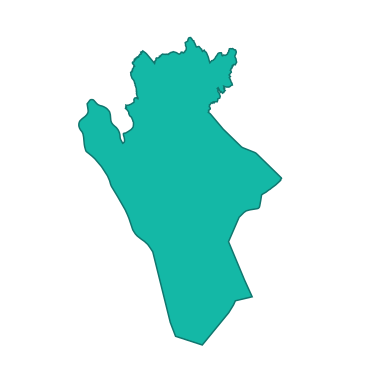 Pak Phayun, Thailand, rotated 163°
{"feature_id": "78962969B11812729202220", "entity_name": "Pak Phayun", "entity_type": "district", "adm_level": 2, "iso_a3": "THA", "parent_name": "Thailand", "parent_adm1": "", "projection": "equal_earth", "projection_center": [100.293, 7.38], "detail": "fine", "context": "isolated", "style": "filled", "palette": "teal", "viewbox_px": 384, "rotation_deg": 163, "n_neighbors": 0, "source": "geoboundaries", "source_scale": "gbopen_adm2", "svg_char_len": 6151}
<svg xmlns="http://www.w3.org/2000/svg" viewBox="0 0 384 384"><g transform="rotate(163 192 192)"><path d="M102.5,179.5L119.3,210.2L120.5,211.5L130.1,219.2L130.7,219.7L131.6,220.8L143.8,243.0L151.3,260.6L151.8,261.6L153.1,263.5L152.4,264.0L152.4,264.9L152.3,265.3L151.5,265.4L150.9,265.9L150.3,266.0L150.1,266.7L150.1,267.0L150.2,267.9L150.5,268.2L150.6,268.5L150.3,269.1L149.9,269.4L149.8,270.3L148.9,270.5L147.9,271.2L147.5,271.6L147.1,271.5L146.7,271.0L145.9,271.7L145.5,271.0L144.7,270.8L144.5,271.8L143.6,271.4L142.6,271.4L141.6,270.9L140.7,272.0L140.5,272.6L140.1,273.4L139.7,273.6L138.7,273.6L137.9,273.8L137.8,274.2L137.4,274.6L137.1,275.1L137.0,276.0L137.2,277.5L137.0,277.9L137.3,279.0L137.5,279.8L137.8,280.2L137.8,281.0L137.1,282.4L137.6,283.6L136.5,284.1L136.0,281.7L136.2,281.4L136.0,280.6L135.7,280.1L135.6,279.1L134.8,279.5L134.0,277.6L132.5,278.4L132.4,278.1L132.0,278.5L131.5,279.2L131.4,278.9L130.8,279.3L130.9,279.6L130.7,279.6L131.4,281.3L130.6,281.4L130.9,282.7L130.7,282.8L130.7,283.9L128.9,282.5L126.1,281.6L125.3,281.6L123.3,282.5L122.1,282.5L122.0,283.8L122.1,284.8L122.4,285.5L122.5,288.3L122.9,290.5L121.5,291.2L121.8,291.8L122.2,292.4L122.2,293.2L121.3,293.7L120.7,294.2L120.4,294.6L119.4,295.0L119.4,295.8L119.2,296.1L119.8,297.2L118.8,298.0L118.7,298.4L118.4,298.7L118.3,298.9L118.0,299.0L117.8,298.8L117.6,299.1L117.3,299.2L117.1,299.6L116.9,299.8L116.9,300.4L116.6,301.0L116.4,301.1L115.8,300.7L115.4,301.5L115.0,301.7L114.3,301.6L113.7,301.0L113.3,301.0L112.6,302.1L112.0,302.4L111.4,303.0L111.3,303.6L111.3,304.9L111.0,306.3L111.4,308.7L111.3,309.6L109.8,311.1L108.8,312.7L108.7,313.3L108.8,314.9L108.9,315.2L109.9,315.6L111.2,317.3L111.4,317.4L112.1,317.3L113.4,317.9L114.4,318.0L115.0,316.9L115.6,316.4L115.9,315.4L117.1,314.6L117.8,313.5L120.2,312.9L121.8,313.8L122.1,313.7L122.6,313.3L123.2,313.4L123.4,314.0L123.2,314.9L123.2,316.5L123.5,316.7L125.2,317.1L126.2,317.0L126.7,316.8L128.1,315.5L129.9,314.2L131.1,312.9L132.7,312.1L133.2,311.7L134.9,311.8L137.1,310.3L137.2,311.5L137.0,316.2L137.4,320.4L137.7,321.6L138.4,322.4L138.9,324.1L139.5,323.8L140.9,323.4L141.0,323.9L141.1,325.9L141.5,326.1L142.7,329.0L143.0,329.2L145.2,329.3L145.5,329.6L145.8,332.8L145.8,333.3L146.0,333.9L146.2,335.3L146.1,336.1L146.7,336.4L147.1,337.1L147.4,338.4L147.6,338.7L147.6,338.9L147.9,339.4L148.1,340.1L149.5,340.4L150.1,340.2L150.6,339.9L150.9,339.0L151.4,338.8L151.9,337.6L152.5,337.4L154.8,336.9L154.9,336.6L155.0,335.1L155.4,333.8L155.1,332.3L155.3,331.6L155.8,330.1L156.2,329.6L157.7,328.6L158.2,327.9L158.7,328.0L159.0,327.6L159.8,327.5L160.5,328.6L161.1,328.6L161.4,328.9L162.3,328.0L163.7,327.5L164.5,327.9L166.1,329.8L168.0,331.1L168.7,331.4L169.0,331.7L169.8,331.4L170.0,331.5L170.8,331.5L171.1,331.7L172.0,331.3L172.5,331.4L173.1,331.2L173.4,330.9L173.7,330.7L174.0,330.9L174.5,330.5L174.8,330.8L175.4,330.8L175.7,331.2L176.2,331.1L176.8,331.4L177.1,331.3L177.8,331.7L178.6,331.8L179.5,332.4L179.8,332.5L181.4,332.0L182.0,331.6L182.5,330.9L183.4,331.4L183.9,330.3L185.4,330.1L186.2,330.3L186.7,330.6L187.0,330.5L187.4,330.2L187.9,328.7L189.5,327.8L189.5,327.1L190.2,325.9L195.1,337.5L195.9,338.8L197.8,341.3L198.2,340.9L198.6,340.9L198.9,340.7L199.4,340.8L199.6,340.4L199.1,340.1L199.2,339.9L199.7,339.7L200.2,340.2L200.3,339.4L200.7,338.6L200.9,338.6L201.2,338.8L201.7,338.9L202.3,338.3L203.1,337.7L203.2,337.0L203.5,336.9L203.7,336.6L203.8,336.6L204.0,336.9L204.3,336.7L204.4,337.1L204.5,337.2L205.0,337.0L205.2,336.6L205.5,336.8L205.7,336.5L206.0,336.5L206.4,336.1L206.8,336.4L207.3,336.2L207.3,335.4L208.1,335.6L208.1,335.3L207.9,335.0L208.0,334.8L208.4,334.7L208.7,335.0L208.9,334.9L209.1,333.8L209.6,333.5L210.3,333.4L210.6,333.6L210.9,333.5L211.2,333.0L211.3,332.5L211.1,332.2L211.1,331.7L210.5,330.7L210.5,330.1L210.1,329.1L210.4,329.0L210.8,329.2L212.0,327.5L212.3,327.4L212.5,327.1L213.1,326.9L213.2,326.5L213.3,326.0L213.5,325.3L213.9,325.3L214.2,324.7L214.5,325.0L215.0,324.5L215.7,324.3L216.0,322.2L216.3,321.8L216.2,321.2L216.1,318.3L215.2,316.2L214.9,315.1L215.0,314.2L214.9,313.6L215.1,312.7L214.7,312.0L215.2,310.8L215.0,310.0L215.1,309.2L215.0,308.7L215.0,307.2L215.5,305.6L215.5,304.7L215.8,304.5L215.7,303.8L216.0,303.2L216.0,302.6L216.4,302.3L216.4,299.2L216.2,297.8L216.4,297.0L216.9,297.3L217.6,298.4L219.2,298.6L219.7,298.3L220.5,297.5L220.6,297.1L220.6,296.5L220.8,296.3L221.1,295.0L221.5,294.7L223.2,294.3L224.3,293.9L227.1,293.6L229.3,294.0L229.8,294.4L230.1,293.1L230.0,292.6L230.4,292.6L230.3,292.1L230.5,292.2L231.2,291.5L229.9,289.2L229.4,287.7L229.2,286.7L229.5,285.7L229.5,285.0L229.3,283.3L229.1,282.8L228.1,281.3L228.0,280.8L227.7,277.9L227.8,276.8L227.6,276.2L227.6,275.7L228.2,273.8L229.0,271.9L229.2,271.5L230.5,270.4L232.0,269.5L235.6,268.4L238.8,267.7L239.5,268.1L240.2,268.0L240.6,267.8L240.9,266.6L240.9,264.2L241.2,261.8L241.6,260.4L242.1,259.6L243.5,258.9L244.0,258.8L244.9,263.1L244.9,264.6L244.2,268.0L244.1,269.8L244.3,271.9L244.6,273.3L245.5,275.7L246.8,277.7L247.9,279.6L248.6,281.6L248.7,282.7L248.7,284.2L247.5,289.8L247.4,292.6L247.7,293.7L248.7,296.0L249.6,297.4L251.3,299.2L252.9,300.5L254.9,301.7L256.4,303.1L257.3,304.5L258.8,307.8L259.4,308.9L260.5,309.6L261.7,309.9L262.3,309.8L262.9,309.6L265.0,308.0L266.5,307.0L267.4,300.8L267.8,299.3L268.5,298.1L270.0,296.7L272.1,295.5L275.6,294.2L278.2,292.9L279.0,292.2L280.0,290.8L280.5,289.6L280.9,288.2L280.9,286.0L280.5,284.0L279.6,281.8L279.3,280.0L279.3,279.0L279.6,276.3L281.1,269.0L281.4,266.7L281.5,263.1L281.4,262.1L281.1,261.4L277.3,255.8L275.2,252.2L271.1,242.7L268.1,232.1L267.5,227.0L267.6,222.7L267.4,220.9L264.6,209.9L261.1,194.6L260.4,189.4L260.0,185.3L259.7,173.2L259.2,171.2L258.4,168.4L257.2,165.9L254.5,162.0L252.1,158.9L249.7,154.9L248.7,152.0L247.0,146.3L250.9,73.6L249.9,58.8L226.9,42.7L192.1,65.9L185.3,71.9L182.3,75.3L165.1,74.2L167.5,92.5L171.6,133.8L154.3,154.1L148.2,157.3L145.6,158.1L141.8,158.0L134.6,157.0L133.4,157.0L133.0,157.2L132.1,157.7L131.3,158.9L128.9,163.5L126.3,168.9L124.5,169.5L121.3,170.2L118.0,171.5L116.5,171.8L115.2,172.4L109.9,174.3L104.1,177.1L103.8,177.3L103.9,177.8L102.5,178.7L102.7,179.3L102.5,179.5Z" fill="#14b8a6" stroke="#0f766e" stroke-width="1.5"/></g></svg>